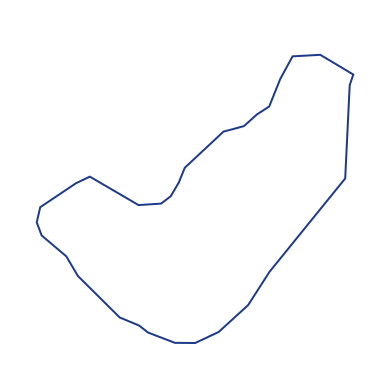 SVG path tracing the border of Gornji Petrovci, rotated 97°
{"feature_id": "SVN-928", "entity_name": "Gornji Petrovci", "entity_type": "Municipality", "adm_level": 1, "iso_a3": "SVN", "parent_name": "Slovenia", "parent_adm1": "", "projection": "robinson", "projection_center": [16.198, 46.801], "detail": "fine", "context": "isolated", "style": "outline", "palette": "blue", "viewbox_px": 384, "rotation_deg": 97, "n_neighbors": 0, "source": "natural_earth", "source_scale": "10m", "svg_char_len": 525}
<svg xmlns="http://www.w3.org/2000/svg" viewBox="0 0 384 384"><g transform="rotate(97 192 192)"><path d="M66.7,48.5L159.9,41.6L261.7,105.3L297.4,122.5L327.7,148.5L341.5,170.5L343.8,190.6L336.9,218.4L331.0,228.2L325.4,248.4L289.3,295.0L271.2,308.9L253.5,335.9L241.1,342.4L225.6,340.8L197.4,308.2L189.2,295.3L211.5,243.5L207.3,221.3L198.8,212.6L184.3,206.3L168.8,202.1L128.2,168.1L120.3,148.5L107.2,137.1L97.7,125.8L68.8,118.1L45.1,108.7L40.2,81.4L55.8,46.2L66.7,48.5Z" fill="none" stroke="#1e3a8a" stroke-width="2"/></g></svg>